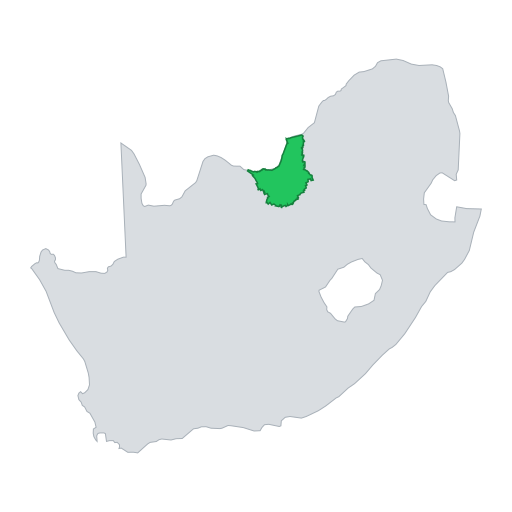 Ngaka Modiri Molema, North West, South Africa (highlighted)
{"feature_id": "47623444B28912463422483", "entity_name": "Ngaka Modiri Molema", "entity_type": "district", "adm_level": 2, "iso_a3": "ZAF", "parent_name": "South Africa", "parent_adm1": "North West", "projection": "orthographic", "projection_center": [25.83, -25.802], "detail": "fine", "context": "in_parent", "style": "filled", "palette": "green", "viewbox_px": 512, "rotation_deg": 0, "n_neighbors": 0, "source": "geoboundaries", "source_scale": "gbopen_adm2", "svg_char_len": 8548}
<svg xmlns="http://www.w3.org/2000/svg" viewBox="0 0 512 512"><path d="M380.9,60.8L396.3,59.1L403.1,60.5L411.3,64.1L419.0,65.5L432.1,64.8L436.6,65.5L440.1,66.8L442.7,68.7L445.9,82.0L448.6,96.2L448.3,100.8L448.7,102.6L452.2,108.7L453.4,112.5L455.4,115.6L459.5,130.9L459.9,133.5L458.2,169.9L456.2,174.3L456.7,180.0L454.6,180.7L442.2,172.8L439.9,173.0L436.2,175.6L432.8,179.7L431.1,183.3L424.3,192.8L423.6,199.0L423.9,204.4L426.1,204.7L427.4,208.6L430.6,214.8L436.3,219.0L441.6,221.0L449.1,221.8L455.0,221.9L454.9,217.8L456.7,206.8L466.6,208.6L481.3,209.0L479.9,216.1L473.7,232.2L469.3,250.5L464.5,259.5L461.8,263.2L454.5,269.6L450.7,271.7L447.6,272.4L434.9,285.5L430.2,291.9L425.8,301.4L421.6,306.5L415.4,317.6L404.7,333.8L395.9,344.4L392.0,347.5L389.4,348.8L382.5,355.0L372.9,364.9L365.4,373.7L354.5,383.7L348.2,388.0L338.8,396.7L336.2,397.9L325.7,406.0L318.2,410.8L306.2,416.5L301.4,418.1L290.0,416.5L285.2,417.3L281.3,420.8L280.9,425.8L279.3,426.5L268.8,424.3L264.5,424.7L262.0,427.4L260.1,430.7L254.1,431.0L243.4,427.6L230.9,425.7L228.0,425.5L222.0,428.2L219.9,428.6L211.0,428.2L206.1,426.7L201.4,426.8L197.9,428.2L193.5,428.8L182.2,438.5L176.1,438.7L171.0,440.0L161.7,439.0L159.0,439.7L156.3,441.5L150.1,442.4L147.7,443.9L137.7,452.9L133.3,452.2L127.8,452.3L121.3,448.1L119.0,448.5L119.5,447.1L119.5,444.7L117.2,442.3L114.8,442.6L113.3,440.6L109.6,440.6L106.5,441.4L105.4,433.6L103.9,432.9L100.1,432.9L98.3,433.3L97.5,434.0L96.7,435.9L97.1,441.4L95.7,439.9L93.9,436.7L93.2,433.2L93.4,429.0L96.1,427.3L94.9,422.1L89.9,413.2L87.0,411.5L84.6,406.9L82.3,405.4L81.2,402.2L78.9,399.7L77.9,395.6L78.9,393.1L80.6,391.7L82.6,393.7L84.8,392.7L87.9,389.6L89.5,384.9L89.1,377.6L88.3,373.1L84.8,361.5L83.4,358.9L76.9,350.9L69.2,340.0L59.1,322.8L54.1,312.4L46.1,291.3L39.5,279.5L31.7,268.6L30.7,267.9L31.7,266.4L35.2,263.5L36.9,262.7L37.8,263.0L38.6,262.2L39.4,260.3L39.7,256.3L41.1,251.9L42.6,250.0L45.8,248.6L48.5,250.0L49.6,251.5L50.2,253.5L51.4,254.4L53.2,254.2L54.5,255.4L55.5,258.0L55.4,259.9L54.5,261.1L54.8,262.6L56.2,264.4L57.9,268.6L64.8,270.3L68.7,270.3L72.4,271.2L75.9,272.8L81.6,273.0L89.4,271.6L95.8,271.6L101.0,273.2L104.7,273.4L106.9,272.1L107.8,270.4L107.4,268.2L108.4,266.8L111.0,266.1L112.9,264.3L114.3,261.5L117.8,259.2L123.3,257.2L126.1,257.2L120.9,143.0L131.5,150.4L134.0,153.9L139.4,164.4L145.1,177.4L146.1,183.8L146.0,185.2L141.1,194.0L141.1,198.3L141.9,203.3L143.2,205.7L144.7,206.5L148.3,205.1L153.9,206.2L164.5,205.3L169.8,205.8L171.2,205.3L172.3,204.2L173.6,201.2L174.8,200.1L179.7,198.7L181.9,196.9L185.2,190.8L195.6,182.6L196.8,180.7L203.0,161.4L205.0,158.6L207.9,156.8L213.7,155.2L217.2,155.9L221.0,157.5L225.2,160.2L231.5,165.3L233.7,166.1L240.0,166.2L243.8,169.6L255.6,171.8L259.0,171.6L262.6,169.8L268.6,169.8L275.0,168.5L279.0,165.1L286.5,144.2L287.3,139.6L288.2,138.4L294.4,136.0L301.9,134.2L303.5,133.3L308.2,127.5L314.4,122.7L318.8,106.1L321.7,102.2L323.4,100.5L324.5,100.5L326.1,99.5L328.2,97.5L330.7,96.2L333.5,95.8L335.4,94.5L336.3,92.2L337.7,91.2L339.8,91.2L341.0,90.6L341.3,89.1L346.0,85.6L346.2,84.1L348.9,80.6L354.2,75.1L359.2,72.1L363.8,71.6L372.4,68.9L375.5,66.3L377.5,62.7L380.9,60.8ZM361.3,306.5L368.6,303.9L374.0,300.3L375.4,293.6L379.6,289.5L381.2,285.7L382.5,280.3L380.2,274.7L376.9,273.0L370.9,268.0L368.4,264.6L364.8,261.8L362.2,258.5L358.0,259.4L351.4,262.0L347.3,264.3L343.9,267.2L337.8,269.2L331.9,278.3L330.0,280.3L325.5,287.0L319.1,290.2L318.9,291.4L321.0,296.9L323.9,302.4L326.9,306.9L326.7,309.6L327.7,311.8L330.5,313.3L335.1,318.9L337.4,320.7L344.4,322.1L345.5,321.8L347.5,318.5L347.8,316.2L352.7,309.1L354.8,307.0L361.3,306.5Z" fill="#d9dde1" stroke="#a8b0b8" stroke-width="1"/><path d="M303.6,140.4L303.7,140.1L303.7,139.9L303.5,139.7L303.3,139.8L303.2,139.8L303.0,139.5L302.7,139.1L302.8,139.0L302.7,138.7L302.8,138.6L302.5,137.8L302.6,137.6L302.5,137.4L302.8,136.8L302.7,136.8L302.6,136.7L302.6,136.4L302.6,136.0L302.8,135.9L302.8,135.6L302.2,135.4L301.8,135.0L296.0,136.5L290.9,137.7L289.7,138.4L288.3,138.3L288.2,138.6L286.7,138.7L286.4,138.6L286.5,138.8L286.5,139.2L286.4,139.3L286.2,139.7L286.8,140.3L286.7,140.7L286.7,140.8L286.8,140.9L286.9,140.7L287.0,140.9L287.1,141.2L287.1,141.5L287.2,141.8L287.3,141.9L287.4,142.4L287.4,142.5L287.5,142.6L287.4,142.7L287.2,142.8L287.2,143.1L287.3,143.2L287.1,143.2L287.1,143.3L287.3,143.6L287.2,143.7L287.0,143.8L286.7,143.9L286.8,143.9L286.2,145.6L283.0,154.2L282.2,155.3L281.9,157.9L281.1,161.0L278.9,166.1L278.5,166.4L278.2,166.5L277.6,167.0L277.4,167.1L277.0,167.6L276.8,167.6L276.6,167.7L276.4,167.7L276.2,167.8L275.7,167.9L275.6,168.1L275.4,168.4L275.1,168.5L274.9,168.7L274.6,168.9L274.4,169.1L274.0,169.2L273.4,169.4L273.2,169.6L272.9,169.8L272.5,170.0L272.3,170.1L272.2,170.2L272.0,170.3L271.8,170.2L271.6,170.3L271.0,170.1L270.6,170.1L270.3,170.2L270.0,170.1L269.9,170.2L269.7,170.2L268.9,170.0L268.7,170.0L268.4,169.9L268.0,170.0L267.8,170.0L267.5,170.1L267.3,170.1L267.1,169.9L266.8,169.9L266.6,169.8L266.4,169.9L266.2,170.0L265.9,170.0L265.8,169.8L265.7,169.8L265.7,169.6L265.6,169.4L265.4,169.4L265.0,169.4L264.9,169.0L264.6,169.2L264.3,169.2L264.1,169.1L264.1,168.9L263.7,168.8L263.2,169.1L263.1,168.9L262.6,169.0L262.7,169.3L262.3,169.5L262.2,169.8L261.9,169.8L261.7,170.2L261.3,170.0L261.2,170.3L261.3,170.3L261.1,170.4L260.8,170.5L260.6,170.8L260.4,170.9L260.3,170.7L260.2,170.7L260.2,171.1L260.0,171.3L259.8,171.3L259.7,171.4L259.8,171.5L259.7,171.6L259.4,171.4L259.1,171.5L259.0,171.4L258.7,171.5L258.6,171.4L258.4,171.5L258.0,171.7L257.7,171.6L257.5,171.8L257.5,171.7L257.4,171.6L257.3,171.8L257.1,171.8L256.9,172.0L256.7,171.8L256.4,171.9L256.1,171.6L255.9,171.6L255.7,171.7L255.4,171.6L255.2,171.5L255.0,171.4L254.5,171.4L254.1,171.6L253.8,172.0L253.7,172.0L253.6,171.9L253.2,171.8L252.7,171.6L251.7,171.3L251.4,171.1L251.1,171.0L250.8,170.6L250.5,170.5L250.3,170.4L250.0,170.5L249.8,170.4L248.2,169.8L247.6,171.0L253.3,175.0L252.5,175.5L253.0,176.2L254.6,177.9L255.2,178.7L255.5,179.4L256.0,180.4L257.2,182.4L257.6,183.6L256.1,183.9L256.8,185.1L257.3,186.1L258.0,187.6L258.5,188.9L258.2,189.0L258.1,189.4L258.6,189.3L258.8,189.7L260.0,188.8L260.8,190.5L261.8,190.0L262.5,189.6L263.5,191.4L264.0,191.0L264.7,192.5L263.9,193.0L264.6,194.5L265.4,194.1L267.5,193.6L267.7,194.8L269.1,196.5L267.5,197.3L267.6,197.7L267.8,198.0L267.6,198.3L267.5,198.5L267.0,199.4L266.9,199.6L266.7,200.5L266.5,201.1L266.5,201.4L266.3,202.1L266.2,202.2L266.3,202.7L266.9,202.3L268.2,204.1L269.1,203.3L270.0,202.4L271.7,205.0L273.9,204.0L276.5,205.9L276.3,206.0L278.6,206.5L279.6,205.6L280.3,204.1L279.8,206.1L281.3,205.3L281.3,207.4L281.7,207.5L282.0,206.7L284.0,205.8L285.3,205.4L286.0,206.5L287.6,205.3L287.6,204.6L288.2,205.6L290.2,204.6L290.7,204.0L290.9,204.1L291.1,204.3L291.3,204.1L291.6,204.2L291.8,203.7L292.2,203.3L292.5,204.3L292.7,204.2L293.4,202.9L293.8,201.4L294.6,201.1L294.6,200.8L294.6,200.6L294.9,200.5L295.1,200.8L295.0,200.6L295.8,200.2L295.8,199.5L297.1,199.2L297.2,199.3L297.5,199.2L297.9,199.2L298.2,198.9L297.9,198.6L298.0,198.6L297.6,197.5L298.3,197.4L297.5,195.6L299.9,194.7L299.8,194.4L301.3,192.9L301.9,192.8L303.9,192.3L303.4,190.9L304.6,190.4L304.1,189.4L305.1,188.8L305.2,188.5L306.2,188.0L306.1,187.2L305.5,185.6L306.6,185.3L307.0,185.0L305.9,182.8L308.2,181.7L307.9,179.4L310.5,178.9L311.1,180.6L313.2,180.1L312.0,177.2L312.2,176.0L311.9,175.4L311.7,175.3L311.6,175.1L310.4,175.0L309.2,173.7L309.2,173.4L308.6,173.3L308.7,172.4L306.9,170.7L306.6,170.9L305.2,169.8L304.9,169.8L303.6,169.5L304.0,168.8L304.2,167.4L304.8,167.6L305.0,166.7L305.0,165.0L304.5,164.8L304.0,165.0L304.6,163.8L304.9,164.3L305.0,162.9L304.9,161.9L303.6,161.5L303.0,162.2L302.9,162.2L302.6,161.6L302.4,161.1L302.4,160.4L302.6,160.2L302.6,159.3L303.0,158.2L303.2,157.9L303.2,156.7L303.7,156.7L303.8,155.3L302.0,155.2L302.0,154.9L302.1,154.7L302.2,154.4L302.3,154.4L302.2,154.4L302.3,154.3L302.2,154.2L302.2,153.9L302.2,153.7L302.3,153.7L302.2,153.4L302.0,153.1L302.1,152.9L302.1,153.0L302.1,152.9L302.1,152.7L302.2,152.8L302.2,152.7L302.2,152.8L302.3,152.8L302.3,152.7L302.2,152.6L302.3,152.4L302.5,152.3L302.4,152.0L302.6,150.4L302.3,148.9L302.1,149.0L301.7,148.5L301.5,148.1L302.5,147.7L302.4,147.6L302.5,147.6L302.7,147.4L302.6,147.2L302.6,146.9L302.6,146.5L302.8,146.3L302.9,146.2L302.8,145.9L303.1,146.0L303.2,145.9L303.4,145.6L303.2,145.3L303.3,145.1L303.5,144.9L303.4,144.7L303.2,144.7L303.1,144.3L303.4,143.6L303.4,143.1L303.5,142.5L303.5,142.1L303.4,142.0L303.5,141.9L303.5,141.7L303.8,141.8L304.0,141.6L304.3,141.6L304.5,141.3L304.2,141.0L304.2,140.8L303.7,140.6L303.6,140.4Z" fill="#22c55e" stroke="#15803d" stroke-width="1.5"/></svg>